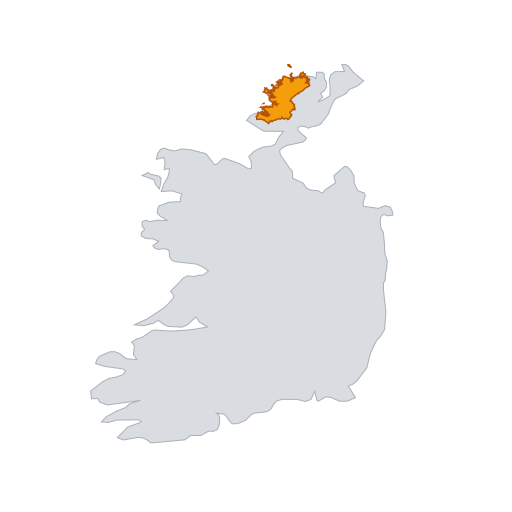 Glenties Lea-6, Donegal, Ireland shown in context, rotated 10°
{"feature_id": "5873133B25090004397750", "entity_name": "Glenties Lea-6", "entity_type": "district", "adm_level": 2, "iso_a3": "IRL", "parent_name": "Ireland", "parent_adm1": "Donegal", "projection": "orthographic", "projection_center": [-8.325, 54.982], "detail": "fine", "context": "in_parent", "style": "filled", "palette": "amber", "viewbox_px": 512, "rotation_deg": 10, "n_neighbors": 0, "source": "geoboundaries", "source_scale": "gbopen_adm2", "svg_char_len": 9276}
<svg xmlns="http://www.w3.org/2000/svg" viewBox="0 0 512 512"><g transform="rotate(10 256 256)"><path d="M316.4,80.5L307.0,87.4L305.5,90.0L303.0,100.4L302.7,103.3L296.8,114.8L293.5,117.2L288.4,119.1L285.5,121.0L281.9,120.1L277.3,120.3L275.0,122.3L275.2,123.9L276.5,125.7L285.1,130.9L284.6,133.1L282.2,135.7L267.0,141.9L262.4,145.7L260.9,148.1L262.5,152.3L274.8,164.6L276.9,165.9L278.7,173.1L289.6,176.0L294.1,180.5L297.9,181.5L306.2,181.0L309.6,182.7L311.5,181.3L312.5,179.0L321.7,170.0L318.7,163.5L327.9,152.2L330.4,152.3L334.9,155.6L338.6,160.3L339.9,166.6L343.4,172.3L345.7,174.2L351.7,175.2L353.1,177.4L352.2,185.7L353.2,188.4L368.4,187.8L374.4,184.0L379.7,184.5L382.4,188.2L383.7,191.9L379.2,193.5L374.4,192.9L372.2,195.4L372.2,200.3L374.0,206.4L377.3,210.7L380.1,220.6L382.6,231.5L386.1,238.1L387.0,246.3L386.6,250.4L387.5,257.7L386.1,260.3L387.4,267.1L393.7,289.0L395.4,306.1L392.8,312.7L389.2,318.9L387.0,326.3L385.3,334.2L384.6,346.8L376.8,361.9L373.4,365.7L369.4,368.0L378.5,378.2L371.4,383.0L363.5,384.6L354.7,382.3L349.2,382.7L342.4,388.2L340.8,387.3L337.3,378.8L335.1,387.7L330.0,390.6L321.4,390.1L306.9,392.6L301.4,395.2L299.1,399.1L297.4,403.7L295.2,406.4L292.6,407.8L281.4,411.2L279.2,412.6L274.0,419.9L267.2,424.2L261.6,425.4L256.5,421.2L254.4,418.7L252.1,417.4L244.4,417.6L246.8,418.9L248.4,421.9L249.2,427.6L248.3,433.2L244.5,436.1L239.9,436.6L232.7,442.4L223.1,444.0L218.0,449.3L186.3,458.1L184.5,458.2L180.2,455.8L175.5,454.7L170.7,455.3L157.4,460.2L151.0,459.0L159.4,446.6L170.5,440.4L171.7,438.7L168.1,437.8L147.2,441.8L139.9,445.4L132.6,446.3L136.1,440.6L145.6,433.0L153.8,427.9L157.3,423.4L167.2,418.3L135.5,428.5L127.2,426.9L125.3,423.9L118.8,425.1L116.6,417.7L126.4,406.9L132.1,402.3L138.7,399.8L145.2,396.3L147.6,391.8L144.7,390.3L125.7,391.0L116.7,389.8L117.2,386.2L119.0,382.3L128.6,375.7L133.7,374.8L138.2,375.5L146.1,379.7L156.8,378.7L152.4,374.2L151.8,365.4L148.5,362.4L152.9,358.4L157.9,356.0L166.3,347.7L169.3,346.5L185.6,344.7L203.2,340.4L220.6,334.4L211.8,330.9L207.5,326.4L200.6,335.5L195.6,338.9L181.6,340.6L177.2,339.5L171.1,336.5L169.1,337.6L167.3,339.7L157.9,344.0L148.2,344.9L159.7,336.9L174.2,323.2L177.5,318.9L182.1,311.3L180.8,307.8L177.9,305.8L188.4,290.2L192.0,287.4L198.6,287.0L203.5,284.6L205.6,284.6L207.5,283.7L211.8,279.0L205.3,275.9L198.6,274.3L177.8,275.6L175.1,275.2L172.5,273.7L170.9,271.6L169.7,266.2L168.2,265.0L163.5,264.9L158.9,266.4L155.7,266.2L152.6,263.8L157.7,258.4L151.3,257.0L144.7,257.9L139.2,256.1L139.1,252.7L141.7,249.3L138.5,246.0L138.0,241.8L141.5,239.9L145.2,240.6L153.0,237.8L162.8,236.5L154.5,233.3L151.2,230.7L151.1,226.7L151.8,223.4L161.7,217.9L172.1,215.6L171.4,211.8L172.2,207.7L161.8,206.4L151.4,209.0L152.7,201.3L155.3,194.3L155.9,189.7L155.5,184.8L150.6,186.8L150.2,179.8L148.3,174.9L141.1,178.1L141.4,171.8L143.6,167.4L147.3,165.6L151.0,166.5L157.8,166.6L164.5,163.4L174.0,162.7L189.1,164.0L199.4,173.5L202.1,171.8L206.3,166.0L208.3,165.3L224.0,168.0L233.7,171.5L236.3,170.4L234.9,163.9L231.6,159.3L235.8,153.4L240.9,149.4L244.3,147.4L252.2,144.9L255.6,142.5L257.9,134.8L261.5,128.4L241.9,131.8L223.2,124.1L226.2,118.8L230.1,115.8L236.9,113.5L237.6,110.7L241.0,108.4L246.7,102.3L244.6,94.4L245.7,88.6L249.8,84.8L251.1,79.3L252.9,75.3L261.1,73.9L269.0,70.1L281.2,69.6L284.3,71.0L283.6,64.5L289.3,63.6L291.5,64.9L292.5,69.5L295.2,72.5L296.0,77.6L294.3,81.6L291.4,84.7L294.1,87.8L290.1,93.6L294.5,91.1L300.8,85.5L300.4,80.9L299.3,75.2L297.5,70.1L298.2,64.4L301.7,60.8L311.1,58.9L307.2,52.5L310.6,51.8L314.3,53.1L319.8,58.1L331.6,64.9L326.0,71.3L319.1,75.7L316.4,80.5ZM149.4,203.8L149.1,206.8L144.6,202.9L142.4,198.7L129.9,196.5L135.3,192.5L137.8,193.8L146.6,194.2L149.1,196.0L149.4,203.8Z" fill="#d9dde1" stroke="#a8b0b8" stroke-width="1"/><path d="M278.1,77.0L277.2,77.4L277.8,76.8L277.2,76.9L277.6,76.4L276.9,75.4L276.8,76.1L276.0,75.9L275.7,76.4L274.9,76.6L275.8,75.2L277.5,74.9L278.2,73.3L276.9,73.0L274.5,74.4L276.7,72.4L275.4,72.4L275.2,72.0L275.6,71.0L275.0,70.5L274.5,70.5L273.5,71.9L271.9,70.8L271.5,71.3L269.8,71.4L270.3,72.8L268.9,72.7L269.6,71.4L270.9,70.5L271.8,70.6L273.0,69.2L272.8,68.1L271.3,68.3L270.4,66.8L269.3,68.1L268.3,68.2L267.9,69.8L268.6,70.0L267.9,70.6L268.4,71.3L267.9,72.4L266.3,72.4L264.5,73.9L262.0,74.1L261.9,74.5L262.4,74.7L262.0,75.0L262.1,76.4L261.2,75.7L261.4,77.7L261.0,78.1L261.2,77.3L260.7,76.9L260.2,77.6L259.5,77.3L259.9,76.6L259.7,76.3L260.0,76.2L259.1,75.5L259.7,75.7L261.6,74.3L261.3,73.5L260.5,73.5L260.1,74.9L259.4,75.5L252.3,74.0L251.5,74.9L252.1,75.3L251.4,76.1L251.6,77.5L251.1,77.5L251.3,78.3L250.8,78.1L250.4,78.9L250.5,80.9L251.8,81.7L251.7,82.1L251.4,81.6L250.8,81.9L251.0,81.3L249.8,81.3L249.8,81.9L250.5,82.7L250.3,83.5L248.8,84.3L248.4,84.0L248.8,85.6L248.4,86.6L247.3,86.4L246.6,87.3L245.8,86.2L245.3,86.4L245.3,86.9L244.9,87.1L245.7,88.0L244.8,89.2L245.2,89.4L245.0,89.8L245.4,90.5L244.1,90.2L243.9,90.0L244.4,89.7L243.9,89.5L243.8,90.0L242.3,90.0L242.5,90.7L242.1,90.8L243.3,91.9L242.6,92.3L244.2,94.0L244.5,95.0L244.9,94.8L247.5,96.2L246.7,97.0L246.1,96.6L244.8,97.4L244.1,97.2L244.1,97.6L242.4,97.4L243.3,96.9L243.2,96.3L241.8,96.8L241.9,97.4L242.7,98.0L242.3,98.7L241.8,98.7L242.0,100.1L244.7,101.4L246.2,103.0L246.9,102.5L246.4,101.0L246.6,100.6L247.6,101.3L248.7,100.4L249.0,102.3L251.1,102.5L249.9,103.4L250.1,104.1L248.3,103.0L247.1,103.7L245.9,103.5L246.3,103.8L246.2,105.7L246.5,106.3L245.3,106.2L244.7,106.9L243.8,106.3L242.4,107.7L239.7,106.7L238.7,107.5L239.0,107.8L238.4,107.8L239.0,108.4L238.6,108.8L237.2,108.1L235.3,108.8L237.8,109.2L237.4,110.0L237.7,110.2L237.4,110.4L239.4,110.8L239.3,111.8L241.5,111.6L242.4,112.5L241.7,112.6L242.3,112.6L242.6,112.8L242.8,113.0L242.4,113.3L243.0,113.6L242.9,114.2L244.6,114.4L243.8,115.0L244.1,115.6L243.5,115.7L241.9,114.7L241.7,113.7L241.0,113.7L240.8,112.7L238.2,113.4L237.2,112.7L236.1,113.1L236.4,113.5L238.3,114.6L240.2,114.7L241.3,115.2L240.8,115.5L241.2,115.5L241.2,116.0L243.3,116.1L243.3,116.4L241.0,116.4L239.6,115.9L239.4,115.7L238.4,116.0L237.9,115.8L238.6,115.5L238.4,114.8L237.0,115.4L233.5,114.0L232.8,116.0L233.5,116.9L231.9,118.4L232.8,119.5L233.0,121.3L237.6,120.3L239.7,120.8L240.1,120.4L243.0,122.1L244.2,122.3L245.1,123.4L245.7,122.8L246.2,120.8L247.3,121.0L247.6,120.1L248.7,120.7L250.1,119.2L252.0,118.6L253.7,117.0L256.1,117.0L257.6,116.0L257.5,114.9L259.8,116.4L261.6,115.1L263.1,115.4L263.5,116.0L264.6,115.4L265.3,114.2L265.2,112.9L265.9,112.7L266.5,111.6L266.6,110.4L265.2,109.9L264.3,108.6L266.0,106.7L266.6,105.0L268.0,105.5L269.0,104.9L268.1,104.0L268.4,102.7L267.2,101.6L267.7,100.6L267.4,100.1L265.7,99.3L264.5,97.7L262.9,97.7L262.7,97.3L263.3,96.9L263.1,95.2L268.6,88.9L269.5,88.0L269.8,88.5L271.2,86.6L273.3,85.0L275.2,82.3L279.3,78.9L278.6,78.3L278.1,77.0ZM235.1,92.9L238.0,94.0L238.2,93.5L240.1,93.5L240.0,92.3L239.5,92.0L239.3,91.2L239.6,90.5L237.4,89.4L237.5,88.9L236.8,88.3L237.0,88.6L236.6,89.4L235.6,89.1L235.9,89.8L236.5,90.1L236.3,90.4L236.5,90.5L235.5,91.2L235.8,92.4L235.1,92.9ZM254.5,63.0L257.2,64.1L257.7,63.9L257.9,63.0L257.6,63.7L256.0,62.3L255.1,62.3L255.2,61.9L254.3,62.0L254.5,63.0ZM243.4,85.2L244.0,87.2L243.5,87.8L243.0,87.8L244.0,87.9L244.0,88.6L244.7,89.3L244.8,87.8L244.4,87.5L244.0,85.6L243.4,85.2ZM247.9,80.9L247.0,80.6L246.5,81.1L247.2,81.4L246.5,81.5L247.7,82.2L248.4,81.9L247.9,81.7L247.9,80.9ZM242.1,95.9L242.9,96.0L243.3,95.4L242.8,94.7L241.9,95.3L242.1,95.9ZM242.0,85.6L243.0,85.2L242.6,84.3L241.6,84.7L242.0,85.6ZM241.5,92.6L241.3,93.4L242.6,93.7L242.3,93.1L241.5,92.6ZM259.6,72.4L259.3,71.8L258.8,72.0L258.6,71.3L258.2,71.6L258.9,73.0L259.6,72.4ZM249.5,79.8L249.3,79.3L248.7,79.7L249.0,80.2L249.5,79.8ZM242.1,92.3L241.4,91.7L241.6,92.4L242.1,92.3ZM249.4,78.4L248.4,77.8L249.7,78.6L249.4,78.4ZM259.5,70.9L259.7,70.1L259.3,70.1L259.5,70.9ZM242.2,106.8L242.0,106.5L241.5,106.6L242.0,107.0L242.2,106.8ZM243.6,96.4L244.1,96.2L244.0,95.9L243.4,95.9L243.6,96.4ZM249.3,82.7L249.0,83.2L249.4,83.1L249.3,82.7ZM240.6,91.3L241.4,92.0L241.0,91.3L240.6,91.3ZM239.8,95.1L239.3,95.1L239.9,95.4L239.8,95.1ZM246.6,83.8L246.2,84.1L246.7,84.3L246.6,83.8ZM242.1,89.7L242.2,90.0L242.6,89.7L242.1,89.7ZM242.1,90.7L241.6,90.7L242.2,90.8L242.1,90.7ZM242.8,91.9L242.2,91.6L242.6,92.1L242.8,91.9ZM259.8,69.1L259.5,69.4L259.8,69.1ZM276.7,72.1L277.0,72.4L277.0,72.1L276.7,72.1ZM247.4,79.7L247.2,80.1L247.6,80.1L247.4,79.7ZM237.3,104.2L237.0,104.5L237.4,104.4L237.3,104.2ZM245.4,96.3L245.6,96.5L245.7,96.4L245.6,96.2L245.4,96.3ZM242.1,91.4L242.2,91.0L241.8,91.1L242.1,91.4ZM234.9,92.8L234.8,92.6L234.8,92.9L234.9,92.8ZM243.4,93.9L243.2,93.6L243.1,93.9L243.4,93.9ZM244.7,85.9L244.5,86.1L244.8,86.1L244.7,85.9ZM261.5,75.5L261.4,75.7L261.6,75.7L261.5,75.5ZM235.7,110.3L235.8,110.4L235.7,110.3ZM241.9,92.4L242.1,92.7L241.9,92.4ZM239.7,115.4L239.4,115.1L239.7,115.4ZM241.1,91.3L240.9,91.0L241.1,91.3ZM235.6,108.3L235.8,108.5L235.8,108.3L235.6,108.3ZM247.5,82.3L247.6,82.6L247.5,82.3ZM243.9,94.2L244.0,94.4L244.0,94.1L243.9,94.2ZM243.3,95.4L243.5,95.6L243.4,95.5L243.3,95.4ZM242.3,95.0L242.2,94.8L242.0,95.0L242.3,95.0ZM239.8,115.7L239.8,115.8L240.0,115.7L239.8,115.7ZM276.2,75.9L276.2,75.7L276.2,75.8L276.2,75.9ZM242.4,113.6L242.4,113.4L242.3,113.5L242.4,113.6ZM240.3,96.7L240.5,96.9L240.3,96.7ZM243.9,88.1L243.9,88.3L244.0,88.0L243.9,88.1ZM241.6,90.8L241.4,90.8L241.6,90.9L241.6,90.8Z" fill="#f59e0b" stroke="#b45309" stroke-width="1.5"/></g></svg>